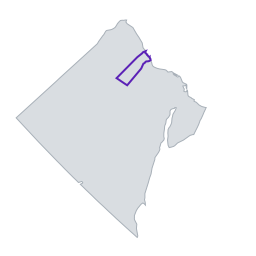 location of Daba, Matruh, Egypt, rotated 46°
{"feature_id": "37247803B11415934472050", "entity_name": "Daba", "entity_type": "district", "adm_level": 2, "iso_a3": "EGY", "parent_name": "Egypt", "parent_adm1": "Matruh", "projection": "albers", "projection_center": [28.255, 29.877], "detail": "fine", "context": "in_parent", "style": "outline", "palette": "violet", "viewbox_px": 256, "rotation_deg": 46, "n_neighbors": 0, "source": "geoboundaries", "source_scale": "gbopen_adm2", "svg_char_len": 3765}
<svg xmlns="http://www.w3.org/2000/svg" viewBox="0 0 256 256"><g transform="rotate(46 128 128)"><path d="M213.1,197.4L208.4,197.7L203.7,198.1L199.0,198.4L194.4,198.7L189.7,199.0L185.0,199.3L180.3,199.5L175.6,199.8L170.9,200.0L166.2,200.2L161.5,200.5L156.8,200.7L152.1,200.8L147.4,201.0L142.8,201.2L138.1,201.3L135.4,201.4L135.8,200.0L136.1,199.1L135.7,198.4L134.8,198.3L134.2,198.5L132.9,201.4L132.2,201.5L130.5,201.5L125.0,201.7L119.6,201.8L114.1,201.9L108.6,201.9L103.1,202.0L97.7,202.0L92.2,202.0L86.7,202.0L81.3,202.0L75.8,202.0L70.3,201.9L64.9,201.8L59.4,201.7L53.9,201.6L48.5,201.5L43.0,201.4L43.1,197.9L43.2,194.5L43.3,191.1L43.4,187.7L43.5,184.3L43.6,180.9L43.7,177.5L43.8,174.1L43.9,170.6L44.0,167.2L44.1,163.8L44.2,160.4L44.3,156.9L44.4,153.5L44.5,150.1L44.6,146.7L44.6,143.2L44.7,139.8L44.8,136.4L44.9,133.0L45.0,129.5L45.1,126.1L45.2,122.7L45.3,119.2L45.4,115.8L45.5,112.4L45.6,108.9L45.7,105.5L45.8,102.1L45.9,98.6L46.0,95.2L46.1,91.8L46.0,91.1L45.3,88.8L44.8,85.8L44.1,82.1L44.1,80.9L43.0,77.1L42.9,76.0L43.2,75.3L45.3,72.2L46.0,70.7L46.5,68.8L46.7,67.3L46.2,65.0L45.6,63.0L45.4,60.8L45.4,58.8L46.4,57.4L47.7,56.1L48.2,55.3L48.9,54.4L49.4,54.0L50.3,55.9L52.4,56.2L59.1,54.7L66.4,56.5L70.5,57.2L76.7,58.7L80.5,61.3L81.6,61.6L84.3,61.5L86.1,63.0L93.3,63.8L97.1,65.4L99.3,66.7L100.6,67.1L101.8,67.0L103.3,66.5L105.3,65.6L107.4,64.3L111.8,60.9L113.3,60.3L114.4,60.4L115.6,60.4L116.1,59.5L116.8,58.8L117.2,58.1L117.8,57.3L120.1,57.0L124.7,55.5L124.2,56.2L120.0,57.9L121.8,58.0L123.7,57.4L125.7,57.0L126.1,56.3L126.3,55.0L126.7,54.9L128.2,55.1L132.6,56.9L133.6,56.9L136.6,55.8L137.3,55.5L138.3,56.1L140.6,58.5L139.8,58.4L137.4,56.4L137.2,57.5L135.9,59.4L137.6,60.1L139.0,60.4L139.8,61.4L140.3,62.3L141.6,61.8L142.6,60.5L142.1,59.9L141.7,59.2L142.1,59.1L143.1,59.7L145.9,62.0L146.9,62.4L147.9,62.3L150.1,61.5L150.8,61.6L153.7,60.6L154.1,61.2L154.6,61.9L157.0,61.0L160.8,60.9L163.8,60.0L167.3,57.9L167.6,57.6L167.8,58.1L168.3,59.3L169.5,62.5L170.6,65.0L172.0,68.5L172.4,69.8L172.6,70.8L174.5,74.6L175.7,77.7L176.6,80.3L177.9,84.0L178.4,85.3L177.7,86.0L176.4,88.6L175.2,96.5L173.2,102.8L173.2,106.6L172.9,108.0L171.9,110.0L170.7,112.0L168.2,111.1L164.2,108.0L161.8,104.9L159.4,102.9L157.0,100.3L156.3,98.4L156.2,97.1L155.1,94.1L154.3,92.7L151.5,89.5L150.6,87.8L150.0,87.1L149.3,86.0L148.2,81.8L147.0,79.2L145.8,80.0L146.1,81.1L145.0,82.7L144.5,84.5L145.0,86.0L147.3,88.2L147.8,89.1L148.4,91.3L148.5,94.2L148.9,95.1L150.6,97.2L151.3,98.5L151.7,99.6L152.3,100.6L154.0,102.4L156.6,105.8L159.0,108.2L160.7,109.2L161.5,110.4L161.8,113.4L161.7,114.8L163.3,117.4L163.9,118.8L165.4,119.8L166.1,121.1L166.8,123.1L168.0,129.2L169.3,130.6L173.5,138.5L177.1,143.4L178.9,147.1L181.5,151.5L186.9,161.4L189.9,164.3L191.1,166.0L193.3,167.2L195.6,169.0L193.5,169.0L193.0,169.1L192.2,169.5L192.0,170.7L191.9,171.7L192.5,176.8L193.2,179.4L195.4,184.2L196.9,185.6L197.7,186.5L198.7,187.1L203.3,188.5L206.2,191.8L212.4,195.9L213.1,197.1L213.1,197.4Z" fill="#d9dde1" stroke="#a8b0b8" stroke-width="1"/><path d="M92.8,71.1L92.6,69.2L92.9,68.5L94.0,67.2L94.6,66.1L94.9,64.6L94.6,64.4L94.4,64.3L94.3,64.2L94.2,64.2L93.9,64.0L93.8,63.9L93.7,63.8L93.4,63.8L93.2,63.8L93.1,63.7L92.9,63.7L92.7,63.7L92.4,63.5L92.4,63.4L92.1,63.3L92.0,63.2L92.0,63.3L91.8,63.3L91.7,63.3L91.4,63.4L91.2,63.4L91.1,63.5L90.9,63.5L90.7,63.6L90.3,63.5L90.1,63.5L89.9,63.5L89.7,63.5L89.3,63.5L89.2,63.5L89.0,63.4L88.9,63.4L88.7,63.3L88.6,63.2L88.5,63.3L88.4,63.2L88.2,63.2L87.9,63.3L87.6,63.3L87.3,63.3L87.2,63.3L86.9,63.3L86.7,63.3L86.5,63.2L86.3,63.3L86.2,63.2L85.9,63.2L85.7,63.2L85.4,63.0L85.2,63.0L85.2,62.9L85.1,62.7L85.1,62.4L85.1,62.2L85.0,61.9L84.1,64.0L83.9,64.8L84.1,65.9L83.5,72.0L84.2,101.6L92.7,99.8L96.7,98.9L94.4,77.2L92.4,72.2L92.8,71.1Z" fill="none" stroke="#5b21b6" stroke-width="2"/></g></svg>